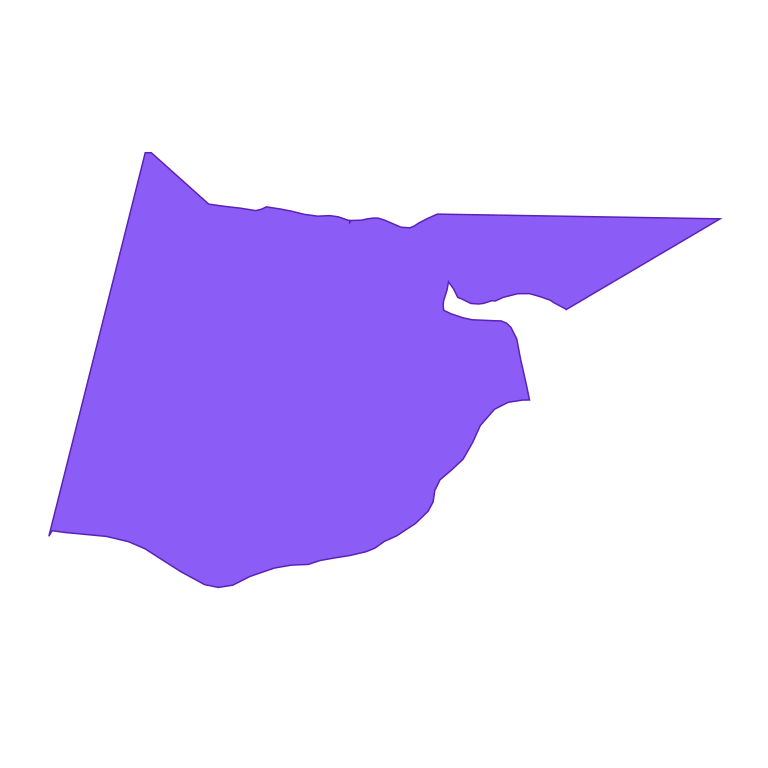 outline of Durandeau, Anse-la-Raye, Saint Lucia, rotated 4°
{"feature_id": "8701671B30216430122169", "entity_name": "Durandeau", "entity_type": "district", "adm_level": 2, "iso_a3": "LCA", "parent_name": "Saint Lucia", "parent_adm1": "Anse-la-Raye", "projection": "mercator", "projection_center": [-60.993, 13.923], "detail": "fine", "context": "isolated", "style": "filled", "palette": "violet", "viewbox_px": 768, "rotation_deg": 4, "n_neighbors": 0, "source": "geoboundaries", "source_scale": "gbopen_adm2", "svg_char_len": 1892}
<svg xmlns="http://www.w3.org/2000/svg" viewBox="0 0 768 768"><g transform="rotate(4 384 384)"><path d="M129.7,169.9L92.2,380.4L60.3,559.3L61.9,556.0L63.1,553.5L76.6,554.4L117.6,555.4L140.1,559.1L151.6,563.1L157.2,565.1L162.9,568.2L170.7,572.5L194.6,585.5L203.6,589.6L218.9,596.6L226.5,597.6L232.8,598.5L237.7,597.4L240.4,596.8L247.2,595.2L263.4,585.5L270.4,582.5L287.3,575.3L301.6,571.8L304.4,571.1L321.0,569.3L332.3,564.6L347.1,560.9L354.9,559.1L362.9,557.2L369.8,555.0L377.7,552.6L382.8,550.1L386.3,548.4L390.7,544.8L395.3,541.0L407.4,534.5L421.2,523.9L425.0,521.1L436.7,508.1L438.9,503.4L441.2,498.3L441.4,495.9L442.1,486.7L446.6,475.6L448.0,474.3L457.4,465.0L467.2,454.5L468.2,453.4L469.6,450.5L476.7,435.7L483.0,418.6L496.1,401.4L503.1,397.2L509.2,393.6L523.6,390.3L526.7,390.1L530.3,389.8L528.8,384.5L526.3,375.5L519.1,351.6L517.7,346.7L516.5,342.0L513.2,329.6L506.7,318.7L502.0,314.7L499.8,314.0L496.5,312.9L489.2,313.2L485.3,313.3L470.0,313.7L467.7,313.8L457.8,312.4L445.7,309.2L443.0,308.1L438.5,306.4L438.1,304.4L437.6,302.2L437.6,297.1L439.0,291.3L440.3,286.0L441.0,279.5L441.2,277.6L447.0,284.6L449.7,289.3L451.5,292.5L456.0,293.9L460.5,295.7L465.0,297.6L472.7,297.6L473.6,297.4L477.6,296.7L485.7,293.4L489.3,293.4L496.1,289.7L497.0,289.2L511.0,284.6L516.2,284.2L523.1,283.7L531.0,285.4L533.5,286.0L535.9,286.6L539.1,287.5L542.2,288.3L543.9,288.8L547.9,291.1L555.3,294.4L556.9,295.1L559.3,296.2L560.7,297.1L561.2,296.6L707.7,195.8L425.3,210.8L416.7,215.4L407.8,220.7L403.3,224.2L398.9,226.4L397.2,226.4L390.0,226.4L372.9,220.4L366.4,218.9L361.2,219.3L355.8,220.4L350.3,222.1L339.7,223.2L339.3,223.9L338.5,225.3L338.3,223.1L337.1,223.2L326.7,220.4L318.1,219.8L306.3,221.2L292.3,220.3L280.0,218.1L268.8,216.7L254.2,215.5L250.0,218.0L243.9,220.0L228.4,218.6L212.7,217.9L196.6,216.8L135.7,169.5L133.3,169.7L129.7,169.9Z" fill="#8b5cf6" stroke="#5b21b6" stroke-width="1.5"/></g></svg>